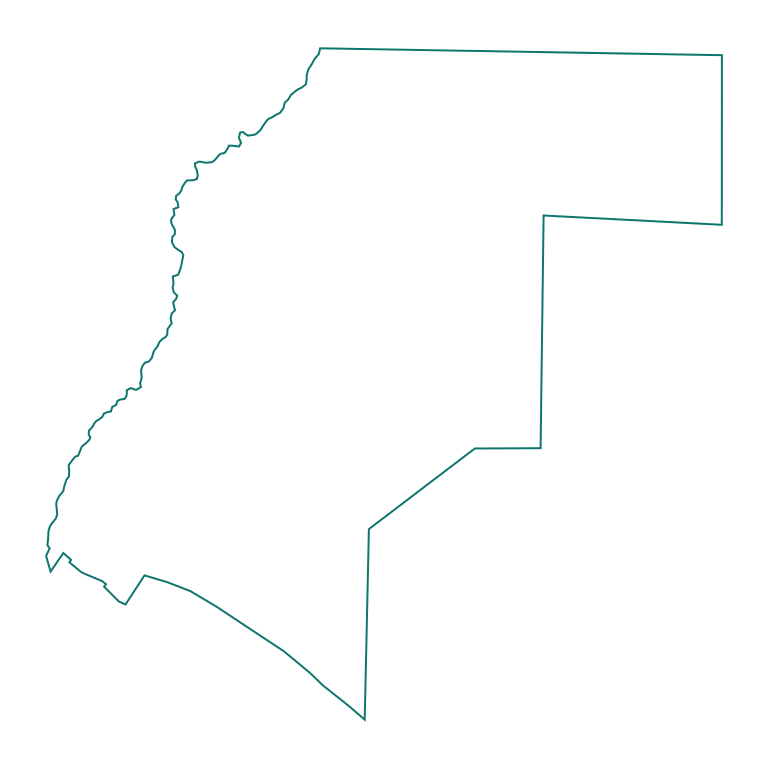 the district of San Martín, Mendoza, Argentina
{"feature_id": "61730980B45978264735485", "entity_name": "San Martín", "entity_type": "district", "adm_level": 2, "iso_a3": "ARG", "parent_name": "Argentina", "parent_adm1": "Mendoza", "projection": "equal_earth", "projection_center": [-68.452, -32.954], "detail": "fine", "context": "isolated", "style": "outline", "palette": "teal", "viewbox_px": 768, "rotation_deg": 0, "n_neighbors": 0, "source": "geoboundaries", "source_scale": "gbopen_adm2", "svg_char_len": 2375}
<svg xmlns="http://www.w3.org/2000/svg" viewBox="0 0 768 768"><path d="M721.8,224.8L721.9,55.2L320.2,48.3L318.7,54.2L314.5,59.0L311.8,64.2L308.4,69.3L306.8,74.7L306.6,80.1L305.8,84.4L301.5,87.7L298.3,89.2L295.4,91.1L290.9,95.0L288.2,99.5L284.8,102.6L283.5,108.0L280.0,112.9L275.7,115.0L272.5,117.1L270.4,118.0L268.0,119.3L266.1,121.4L264.5,123.8L262.2,127.1L260.6,129.8L257.1,133.2L254.7,134.7L248.0,135.6L245.1,133.9L243.2,132.1L240.2,132.4L238.9,137.8L241.1,142.9L239.0,146.5L232.3,145.7L228.8,145.7L227.8,148.4L224.6,153.0L221.4,153.6L219.2,154.8L215.2,159.6L212.8,161.8L210.4,162.4L205.4,162.7L201.5,161.9L199.1,161.6L195.0,163.4L195.1,166.4L197.0,170.7L197.8,175.8L196.7,179.1L192.7,180.3L187.1,180.4L185.0,182.8L182.3,187.0L181.3,190.6L179.1,193.6L176.2,195.8L175.7,199.4L177.6,202.1L178.4,207.2L173.6,209.0L173.9,212.0L174.4,215.1L172.3,217.5L171.0,220.2L171.5,223.5L172.9,226.2L175.0,230.1L174.8,234.3L172.4,236.8L171.9,242.2L174.6,247.3L178.9,250.3L181.8,252.1L183.3,255.3L182.4,259.8L181.3,265.3L180.6,268.3L178.2,274.7L172.8,276.5L173.4,281.9L173.4,284.9L172.6,287.6L173.7,292.1L177.2,295.7L176.1,299.0L173.2,302.1L174.0,306.6L175.1,310.2L171.7,313.5L170.6,318.6L171.7,323.5L169.8,325.9L167.5,329.2L167.2,334.9L165.3,337.3L162.4,338.9L159.5,341.9L157.1,347.0L155.0,349.4L153.6,351.9L152.8,354.6L151.8,357.9L148.9,361.5L144.9,362.7L142.5,366.1L141.1,369.7L141.4,374.5L141.7,377.8L140.1,383.5L140.9,387.1L136.1,389.9L130.8,388.1L126.8,390.2L126.8,393.5L126.3,396.5L124.4,399.0L119.8,399.6L117.3,401.2L116.2,404.8L112.2,407.0L110.9,411.5L108.2,411.8L103.9,413.6L102.3,416.9L99.1,419.4L96.4,420.9L94.3,423.3L93.0,426.0L90.9,428.7L89.0,430.5L88.7,434.5L90.3,437.2L89.2,440.1L85.0,444.0L81.8,446.6L78.1,455.7L75.2,456.6L72.4,460.1L68.7,465.1L69.2,472.3L68.9,476.6L66.5,479.5L64.4,485.8L63.3,491.0L59.3,495.9L56.8,500.8L56.2,503.8L56.8,509.6L57.2,514.4L55.8,518.6L53.9,520.9L51.8,523.5L49.8,526.5L48.4,531.8L48.3,535.0L48.0,540.4L47.4,545.1L49.6,548.4L46.1,556.0L50.6,571.6L63.3,553.0L71.1,559.9L69.4,562.3L80.8,571.8L83.8,573.4L99.0,579.8L102.3,581.2L106.0,584.2L104.1,586.7L118.9,601.5L125.5,604.5L144.5,575.4L161.9,580.6L167.1,582.1L190.5,591.2L216.7,606.8L245.2,625.7L267.4,640.4L284.2,651.5L310.2,673.1L323.0,685.5L349.2,706.3L364.7,719.7L367.5,592.7L368.9,529.1L474.8,448.5L540.6,448.2L543.6,215.5L721.8,224.8Z" fill="none" stroke="#0f766e" stroke-width="2"/></svg>